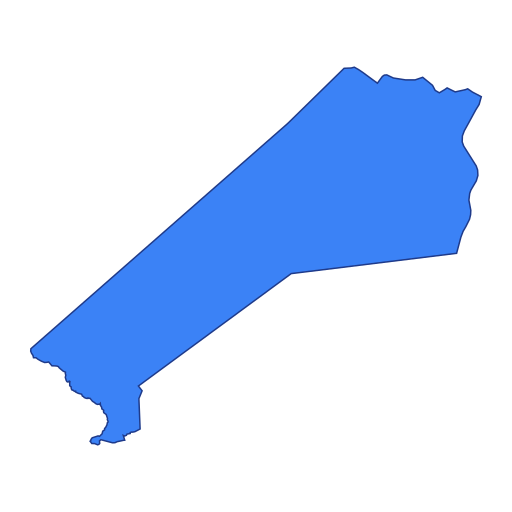 the district of Ngerkeai, Aimeliik, Palau
{"feature_id": "81905179B59799521808446", "entity_name": "Ngerkeai", "entity_type": "district", "adm_level": 2, "iso_a3": "PLW", "parent_name": "Palau", "parent_adm1": "Aimeliik", "projection": "orthographic", "projection_center": [134.503, 7.436], "detail": "fine", "context": "isolated", "style": "filled", "palette": "blue", "viewbox_px": 512, "rotation_deg": 0, "n_neighbors": 0, "source": "geoboundaries", "source_scale": "gbopen_adm2", "svg_char_len": 1971}
<svg xmlns="http://www.w3.org/2000/svg" viewBox="0 0 512 512"><path d="M288.4,122.8L287.0,124.1L30.9,348.7L30.7,351.1L31.5,353.2L33.0,355.5L33.5,357.7L36.2,357.8L37.7,359.1L41.4,361.2L44.6,362.5L46.4,362.4L48.7,362.0L50.0,363.5L51.9,365.8L55.4,365.9L57.0,366.1L58.4,366.6L59.1,367.7L60.8,369.2L63.1,371.1L65.5,372.2L65.3,373.6L65.8,375.1L65.3,377.4L66.2,380.4L66.9,381.6L67.8,382.0L68.8,381.8L69.2,381.1L69.9,381.5L69.7,382.9L69.7,385.5L70.3,386.4L71.1,386.8L71.3,388.9L72.1,390.1L72.9,390.1L73.8,390.9L74.6,391.3L75.6,391.2L75.6,392.0L78.2,393.3L81.6,394.2L82.4,396.1L83.4,396.5L84.2,397.5L85.9,398.2L87.2,398.5L88.0,397.9L88.7,398.4L90.0,398.3L92.5,401.3L94.9,402.8L95.3,403.4L96.3,403.9L97.4,404.4L98.6,404.2L99.5,404.4L100.3,403.4L100.5,405.3L100.9,406.1L101.5,406.9L101.9,409.0L102.5,409.3L103.7,410.3L103.5,411.6L103.8,412.7L106.2,414.5L107.5,418.4L107.3,419.7L108.0,421.1L108.1,422.0L107.4,422.6L106.9,425.0L106.4,425.9L105.6,427.5L104.6,428.4L104.6,429.8L102.7,431.2L102.1,433.8L99.5,436.3L98.1,435.9L92.2,437.8L91.0,439.4L90.7,440.8L90.1,441.2L91.8,443.5L94.7,443.6L97.6,444.8L98.8,444.4L99.7,443.5L99.5,440.9L100.9,439.7L112.5,442.8L115.0,442.7L117.1,441.7L120.9,440.9L123.5,440.3L124.7,440.2L123.3,435.4L124.6,436.0L126.4,435.3L127.0,434.1L130.2,433.5L130.2,432.6L131.2,432.1L132.8,432.1L134.9,431.7L140.1,429.0L138.9,398.6L142.1,390.8L138.4,386.0L291.2,273.6L456.6,253.3L460.9,237.1L463.1,231.3L465.8,226.7L469.5,219.3L470.6,214.7L470.8,210.3L468.9,200.1L469.7,193.4L470.9,190.1L473.1,186.3L476.3,180.9L477.9,175.5L477.6,170.0L476.2,165.9L463.7,146.1L462.2,141.9L462.4,135.9L464.3,130.8L468.4,123.4L475.7,110.0L479.1,104.5L481.3,96.7L472.5,92.1L467.7,88.8L465.3,89.7L455.2,91.9L451.9,90.3L447.1,87.9L445.0,89.4L439.3,92.8L435.2,90.4L432.5,85.3L422.7,77.3L415.1,79.9L405.6,79.9L393.4,78.0L386.8,74.9L384.3,75.1L382.4,76.4L377.4,83.2L362.6,72.3L358.6,69.6L354.3,67.2L351.2,68.0L344.1,68.3L288.4,122.8Z" fill="#3b82f6" stroke="#1e3a8a" stroke-width="1.5"/></svg>